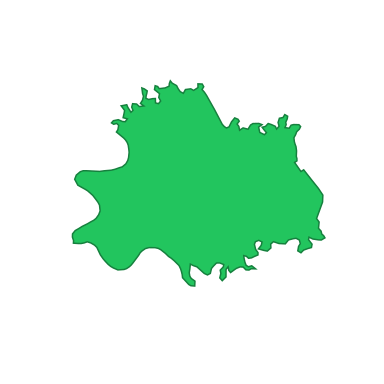 the district of Três Barras do Paraná, Paraná, Brazil, rotated 55°
{"feature_id": "56859067B38476721445901", "entity_name": "Três Barras do Paraná", "entity_type": "district", "adm_level": 2, "iso_a3": "BRA", "parent_name": "Brazil", "parent_adm1": "Paraná", "projection": "orthographic", "projection_center": [-53.227, -25.448], "detail": "fine", "context": "isolated", "style": "filled", "palette": "green", "viewbox_px": 384, "rotation_deg": 55, "n_neighbors": 0, "source": "geoboundaries", "source_scale": "gbopen_adm2", "svg_char_len": 3613}
<svg xmlns="http://www.w3.org/2000/svg" viewBox="0 0 384 384"><g transform="rotate(55 192 192)"><path d="M216.5,292.1L217.2,289.6L217.3,286.3L217.0,283.9L216.3,281.3L215.3,278.3L213.3,272.2L212.0,269.2L211.6,266.5L211.6,262.7L212.9,259.1L216.5,254.1L218.8,252.0L221.3,250.7L227.0,249.0L231.3,248.2L234.3,247.0L238.1,246.0L244.8,244.8L248.4,245.4L251.2,246.3L254.0,247.4L256.8,248.9L265.9,247.7L268.1,246.7L270.6,243.7L266.7,240.7L262.4,242.2L259.8,242.1L256.6,240.6L254.0,238.1L250.1,234.7L253.1,233.1L256.1,230.9L260.4,229.9L265.7,228.7L268.8,226.9L269.2,223.7L265.8,219.9L265.0,217.0L264.2,212.7L265.9,210.1L269.6,207.6L271.3,209.3L272.2,213.7L275.3,215.1L278.3,218.5L282.0,218.1L281.1,212.9L274.9,208.5L274.0,205.3L277.3,206.8L280.1,206.6L280.0,202.2L280.0,199.6L280.9,195.6L282.9,193.1L286.7,192.5L288.6,190.1L288.8,187.6L291.4,184.0L286.7,185.4L285.6,188.7L283.0,189.7L279.8,188.9L276.0,187.3L273.8,186.1L275.9,184.3L278.7,183.7L280.1,181.0L280.6,177.8L281.4,174.1L279.5,172.7L275.5,172.8L270.7,170.9L269.1,168.6L269.9,165.0L273.1,163.3L275.4,165.9L276.7,170.2L281.0,166.7L283.6,164.2L283.1,159.5L279.8,157.4L279.4,153.8L284.1,150.3L288.0,145.3L286.6,140.5L288.3,135.9L289.6,133.3L292.9,131.6L296.4,132.9L297.7,135.9L300.9,139.1L304.3,137.6L303.6,133.9L304.8,129.4L306.0,126.0L303.6,123.6L297.9,123.9L296.1,122.1L299.8,120.0L303.7,115.9L305.5,113.6L305.8,109.4L303.2,109.2L300.9,109.8L298.0,108.7L294.3,109.2L289.5,105.1L285.2,105.2L275.1,90.8L269.6,86.6L261.4,86.4L250.6,87.1L237.9,87.8L237.7,91.0L226.6,91.0L226.7,88.2L224.8,86.9L222.6,86.1L218.3,82.8L214.5,80.8L211.8,80.1L209.5,79.3L206.0,77.4L204.5,74.3L202.7,71.7L202.1,68.0L200.7,65.5L198.2,65.8L195.1,70.0L194.1,72.5L195.5,75.8L192.6,78.9L190.8,76.2L188.6,75.2L186.7,72.0L184.8,70.2L181.8,71.6L183.2,74.7L181.7,78.1L184.4,81.6L188.1,83.0L189.0,86.6L186.0,86.1L182.4,88.2L179.6,90.3L180.4,94.2L179.2,97.4L182.4,97.3L186.1,97.0L186.6,99.8L182.1,102.3L177.0,100.2L177.0,96.0L174.2,97.9L170.9,102.8L170.7,105.6L172.7,110.1L168.8,113.4L168.7,117.6L165.1,116.0L162.2,116.1L161.1,112.7L158.8,112.6L155.8,114.5L157.2,119.4L159.9,124.3L159.3,127.1L156.9,128.0L153.9,128.4L137.5,126.3L121.4,124.7L117.4,124.6L113.8,125.0L112.5,122.0L109.4,121.7L106.8,125.1L109.9,127.2L109.8,129.8L109.7,132.4L106.8,133.8L104.3,138.6L106.2,142.5L103.0,144.1L99.5,144.1L96.0,143.6L91.5,145.8L88.5,146.0L90.1,148.3L92.2,150.1L91.3,154.4L89.7,157.4L88.5,159.6L85.9,159.6L83.8,161.2L86.6,164.0L92.8,162.2L95.5,165.0L99.5,165.5L100.4,168.8L98.1,170.8L94.4,168.4L93.0,170.6L91.3,174.5L88.8,176.0L87.0,174.5L85.4,172.6L83.5,170.7L80.2,171.9L78.0,173.4L83.0,176.0L85.7,176.8L88.4,179.9L89.9,183.4L93.9,182.1L91.8,186.2L88.2,186.9L85.6,190.0L87.9,192.7L91.3,193.5L91.7,196.3L85.7,196.0L83.1,195.4L80.8,200.6L86.5,200.4L88.5,202.4L91.6,205.8L95.0,203.0L96.1,206.4L94.4,208.5L90.5,210.9L88.5,215.5L89.2,218.3L91.6,217.3L92.6,214.4L95.3,213.8L98.5,217.0L99.5,219.5L108.5,217.0L111.2,216.6L114.3,216.7L117.1,217.4L121.4,219.6L123.5,220.8L127.4,224.2L129.3,226.5L131.0,230.0L131.4,234.7L130.5,237.4L129.3,241.8L127.8,245.7L124.3,251.7L122.2,255.8L113.8,266.6L112.2,268.9L111.3,271.9L111.8,277.1L114.3,280.8L121.0,281.6L128.6,277.9L131.2,276.8L137.9,275.2L142.5,275.0L146.4,274.9L149.7,275.3L154.8,278.1L157.1,281.5L158.6,285.7L158.8,288.8L158.4,291.9L158.1,295.7L157.2,301.6L157.0,305.6L156.6,309.8L157.8,313.9L160.3,315.8L163.9,316.9L165.9,318.5L168.8,314.9L170.6,312.4L171.9,309.4L172.7,306.4L175.7,304.1L179.6,302.3L182.8,301.7L190.9,303.1L195.7,303.1L198.9,302.8L203.1,302.2L206.3,301.3L209.1,300.0L213.3,297.4L216.5,292.1Z" fill="#22c55e" stroke="#15803d" stroke-width="1.5"/></g></svg>